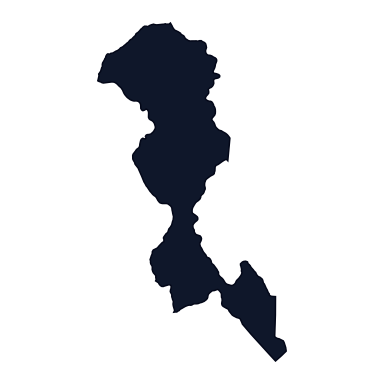 Cônego Marinho, Minas Gerais, Brazil
{"feature_id": "56859067B75247636863248", "entity_name": "Cônego Marinho", "entity_type": "district", "adm_level": 2, "iso_a3": "BRA", "parent_name": "Brazil", "parent_adm1": "Minas Gerais", "projection": "orthographic", "projection_center": [-44.593, -15.041], "detail": "fine", "context": "isolated", "style": "filled", "palette": "ink", "viewbox_px": 384, "rotation_deg": 0, "n_neighbors": 0, "source": "geoboundaries", "source_scale": "gbopen_adm2", "svg_char_len": 5979}
<svg xmlns="http://www.w3.org/2000/svg" viewBox="0 0 384 384"><path d="M173.8,312.2L175.2,312.0L176.8,312.0L178.1,311.0L179.2,310.5L180.1,309.3L181.5,308.6L184.9,306.6L186.7,305.8L188.2,305.3L189.4,305.1L190.6,305.2L191.8,305.0L193.0,304.2L194.3,303.8L196.2,303.8L198.1,303.6L200.0,302.8L201.7,302.4L204.2,301.3L206.3,299.7L207.3,298.5L207.7,297.4L207.9,295.8L208.4,294.3L209.5,293.0L211.2,291.6L212.4,290.7L214.2,290.6L217.3,289.5L218.4,289.7L220.0,291.5L220.9,292.7L221.4,293.8L221.5,297.2L222.0,298.3L222.2,300.3L221.9,302.0L221.7,303.8L222.2,305.4L223.2,306.4L226.5,308.3L227.7,308.8L228.6,309.8L229.1,311.1L232.2,315.0L233.5,315.9L236.6,317.5L239.4,318.3L240.3,319.1L241.9,322.7L242.4,324.1L251.2,334.4L269.4,354.4L275.5,361.0L277.3,359.4L281.5,355.7L286.2,351.1L285.7,347.5L284.1,342.5L283.3,340.9L278.9,338.7L277.8,338.6L276.1,337.8L274.7,336.6L275.4,315.0L275.5,296.6L272.2,296.4L270.6,296.1L269.3,295.0L269.2,293.8L268.3,292.7L267.1,289.8L266.2,288.3L264.3,284.0L263.4,283.0L262.7,280.1L262.1,279.0L260.1,277.3L258.2,276.5L256.8,274.9L256.1,273.6L255.6,272.4L254.4,271.4L253.4,270.0L251.0,267.3L250.3,265.9L249.2,264.6L248.0,263.6L247.5,261.9L245.7,261.2L243.8,261.4L242.4,262.0L240.5,263.8L240.5,265.1L240.9,266.2L241.6,269.2L241.4,271.0L242.0,272.7L241.4,274.5L240.5,276.1L239.7,277.1L239.0,278.1L236.6,280.5L235.9,281.9L235.3,283.3L234.1,284.5L232.8,285.3L231.2,285.5L227.1,284.3L226.1,283.7L225.2,282.8L223.2,279.5L221.9,278.1L220.6,277.1L219.7,276.2L218.9,275.2L218.5,274.1L218.5,272.2L217.6,270.8L217.0,269.5L213.7,265.0L211.8,263.5L211.4,262.3L211.0,260.6L210.1,259.0L208.9,257.9L207.6,257.5L206.6,256.8L205.9,255.0L203.5,252.1L202.7,250.7L202.1,249.3L201.4,248.0L200.7,247.1L200.2,245.8L199.8,244.3L199.9,242.9L200.7,241.5L201.3,239.9L201.5,238.6L201.1,237.2L200.1,235.9L196.2,234.6L195.3,233.7L194.3,231.9L194.2,230.0L193.4,228.7L192.9,227.2L192.9,225.1L193.6,223.8L194.4,222.8L195.4,221.8L196.8,220.7L197.7,219.6L197.8,218.0L197.3,216.8L196.0,215.7L192.5,213.2L192.1,212.1L192.1,210.5L192.2,209.2L192.7,207.6L194.2,204.9L195.6,202.7L196.7,201.7L198.3,200.6L199.9,199.1L200.6,197.6L200.9,195.8L202.1,194.5L203.2,193.6L203.9,192.4L204.4,190.8L205.2,189.0L205.1,187.5L204.6,185.7L204.6,183.8L204.8,182.5L205.8,179.8L206.8,178.8L210.2,176.2L213.4,174.5L214.2,173.6L214.4,172.3L214.9,170.9L215.1,167.0L216.1,165.3L217.7,164.7L219.2,163.7L222.2,161.5L224.1,160.3L225.7,159.5L226.9,159.7L227.8,160.7L229.9,138.1L228.8,136.5L227.5,134.9L226.7,134.2L225.6,133.3L222.9,131.8L221.3,130.8L219.8,130.4L218.6,129.9L216.2,127.6L215.3,126.2L214.7,124.2L213.8,122.3L212.7,121.1L211.8,119.8L212.1,118.2L214.7,115.1L215.3,113.4L215.4,111.5L215.3,109.4L214.9,107.9L214.4,106.8L213.7,105.8L213.5,104.7L212.7,103.1L211.7,101.8L210.6,101.3L209.0,101.2L207.3,100.5L206.2,99.8L205.4,98.7L205.6,97.3L206.4,95.9L207.5,94.8L208.7,93.1L208.7,91.2L208.2,89.4L209.5,88.1L211.0,87.5L212.2,86.5L212.9,85.6L213.5,84.3L213.8,83.2L213.6,81.6L213.6,79.6L214.9,78.7L217.3,78.2L218.6,77.8L219.7,76.8L219.7,75.6L218.8,74.6L216.4,73.7L214.8,73.4L213.4,73.0L213.1,71.2L214.7,67.8L215.2,65.9L215.4,64.4L216.6,61.3L216.7,60.0L216.2,58.8L215.1,57.8L213.5,57.1L211.9,56.0L210.3,55.4L207.9,55.1L207.0,54.5L206.1,53.4L205.6,51.9L205.6,50.2L206.5,47.6L206.1,45.5L205.7,43.9L204.6,42.6L202.3,41.5L201.3,40.7L199.6,40.7L197.5,41.2L196.4,40.9L190.1,41.0L188.4,40.6L185.3,38.5L184.7,37.3L183.7,35.8L181.2,34.4L180.5,33.2L178.1,31.7L174.5,30.0L172.7,27.4L172.1,26.0L170.4,23.0L169.1,24.1L166.6,24.2L165.2,23.8L164.1,24.2L162.4,24.3L156.7,24.9L154.9,24.6L153.5,24.2L151.3,24.8L149.4,25.6L148.0,26.6L146.1,26.2L144.5,26.2L142.9,27.3L141.8,28.6L140.7,29.3L139.8,30.6L137.7,32.7L136.7,33.2L135.8,34.1L135.4,35.5L134.4,36.3L132.6,38.1L131.9,39.0L130.6,39.6L129.5,40.6L128.7,41.8L127.7,42.7L126.6,43.4L125.6,44.5L124.3,45.4L123.2,46.5L122.2,47.1L120.5,47.9L119.4,49.2L117.3,50.7L116.2,51.0L112.9,53.0L110.6,53.4L109.3,54.4L108.0,53.8L107.0,54.4L106.3,55.4L105.8,56.5L105.6,57.7L104.9,58.6L104.4,59.9L102.6,63.0L102.3,64.5L102.4,66.5L101.7,67.7L100.7,71.1L99.7,72.7L98.7,74.0L99.0,75.7L98.2,79.2L97.8,80.8L98.9,81.4L100.8,82.0L102.0,82.7L103.4,83.0L111.1,82.0L113.4,82.0L115.2,82.6L117.0,83.9L119.2,86.2L120.9,87.6L122.5,89.9L123.9,93.1L124.8,94.6L126.7,96.9L127.8,97.9L130.4,99.8L132.4,100.6L134.0,101.0L135.5,100.9L137.2,101.0L138.3,101.4L139.3,102.2L140.4,103.7L140.7,105.3L140.8,108.4L141.6,109.9L142.9,110.7L144.5,110.1L146.1,109.1L147.5,109.7L148.3,111.2L148.6,112.7L148.5,117.3L149.1,118.8L150.3,119.8L151.6,120.4L153.0,121.4L154.1,122.9L154.7,124.4L155.4,127.0L155.2,128.6L153.8,131.1L153.0,132.1L150.7,134.1L149.0,134.5L147.4,134.6L146.3,135.0L145.4,136.3L146.1,138.0L145.0,139.1L143.8,138.5L142.6,138.3L141.3,139.3L140.7,140.4L140.3,142.1L139.9,143.9L139.6,146.2L138.9,147.7L136.5,149.5L135.6,150.9L133.1,154.2L132.7,155.6L132.8,159.0L133.5,160.6L134.5,162.1L135.1,164.2L138.2,168.2L138.8,169.7L141.7,176.2L144.0,181.9L144.9,183.3L146.3,186.0L147.3,187.1L150.1,191.4L151.0,192.3L152.7,194.4L154.1,195.6L155.2,196.3L156.1,197.2L156.9,198.5L157.7,200.1L158.8,201.6L159.8,202.7L161.3,203.3L162.5,203.5L166.4,203.5L168.0,203.9L170.5,205.8L171.5,207.1L171.9,208.3L172.1,210.2L172.5,211.9L172.7,213.3L173.5,216.6L173.1,220.1L172.6,221.3L171.7,224.9L170.4,227.1L168.8,229.0L167.9,232.0L167.1,233.0L166.1,233.7L163.9,236.8L163.4,238.0L163.9,239.2L163.9,241.8L162.8,242.2L161.9,242.9L158.5,246.5L157.8,247.5L156.8,248.3L153.3,250.0L152.3,251.7L152.3,253.3L151.9,254.6L151.3,255.9L150.7,257.9L150.1,259.5L150.5,261.0L150.5,262.8L151.0,264.4L152.0,265.8L152.3,267.4L152.2,269.5L152.7,271.3L153.4,272.8L154.2,273.7L155.8,275.6L155.8,277.7L156.2,279.4L155.6,280.9L158.4,282.7L159.2,284.2L160.3,285.5L161.7,286.4L163.2,286.5L164.3,286.1L168.6,284.8L170.4,284.9L171.2,286.4L171.0,288.4L170.5,290.0L170.3,291.6L170.7,292.6L171.6,294.1L171.8,295.4L171.8,296.8L172.3,298.3L172.6,299.6L173.1,300.6L173.4,301.9L173.1,303.3L173.1,304.7L173.4,306.3L174.6,310.4L173.8,312.2Z" fill="#0f172a" stroke="#020617" stroke-width="1.5"/></svg>